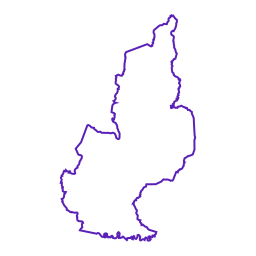 Tonaya, Jalisco, Mexico
{"feature_id": "50627088B15474935979053", "entity_name": "Tonaya", "entity_type": "district", "adm_level": 2, "iso_a3": "MEX", "parent_name": "Mexico", "parent_adm1": "Jalisco", "projection": "robinson", "projection_center": [-103.939, 19.867], "detail": "fine", "context": "isolated", "style": "outline", "palette": "violet", "viewbox_px": 256, "rotation_deg": 0, "n_neighbors": 0, "source": "geoboundaries", "source_scale": "gbopen_adm2", "svg_char_len": 5876}
<svg xmlns="http://www.w3.org/2000/svg" viewBox="0 0 256 256"><path d="M126.1,52.1L125.1,54.0L125.2,56.9L125.6,57.2L124.5,63.8L124.4,68.0L124.7,69.6L124.1,70.0L124.0,71.4L123.5,71.7L123.2,73.9L122.8,73.7L121.9,75.7L120.1,75.5L118.5,74.7L117.7,74.8L117.0,75.2L116.7,75.8L115.8,76.0L116.4,77.7L115.8,78.4L116.1,80.4L115.6,81.8L115.7,83.6L118.4,85.6L119.1,86.7L118.5,88.2L118.7,88.9L117.7,88.9L117.7,91.1L117.2,92.8L115.9,94.2L115.0,95.9L114.9,96.6L115.8,97.9L115.5,99.2L114.5,100.5L113.5,101.0L114.6,102.5L115.7,102.8L114.5,103.1L112.8,104.7L112.4,105.5L111.6,111.1L111.6,112.2L114.3,113.2L114.9,114.0L114.7,115.0L114.3,115.2L114.7,117.0L114.1,118.5L114.1,119.3L113.5,120.1L112.5,118.6L112.2,118.9L112.3,119.9L113.1,121.6L113.9,122.2L115.6,122.9L117.1,125.6L117.3,127.0L117.2,127.9L118.1,129.7L118.4,131.3L119.1,132.2L119.6,133.5L119.5,137.8L119.2,138.5L118.7,139.0L117.9,139.0L116.3,137.9L115.7,135.4L114.6,133.4L112.9,132.7L110.8,133.3L108.5,132.9L101.8,132.8L100.3,131.7L98.2,132.0L97.4,131.6L95.4,129.7L94.6,129.4L94.0,128.6L94.0,127.8L91.5,127.5L90.0,125.9L88.2,125.0L87.3,125.5L81.1,142.2L75.7,148.7L78.2,154.3L78.6,154.7L81.3,155.4L81.8,156.0L81.9,157.1L81.6,158.5L80.7,159.6L80.6,160.3L79.6,161.4L79.6,162.4L79.0,164.4L77.5,166.2L77.4,166.8L77.6,167.6L75.8,168.6L74.9,169.8L74.7,171.2L75.2,173.3L74.6,173.8L73.5,173.9L71.4,173.5L70.4,172.8L69.0,172.7L70.0,171.3L69.8,171.2L68.3,171.5L67.0,171.4L65.9,170.0L65.3,171.3L64.2,170.8L63.6,171.8L63.5,172.8L62.8,174.4L61.9,175.2L62.1,175.8L61.6,175.8L61.5,176.7L60.9,177.7L61.7,179.7L60.8,182.8L61.9,182.8L61.8,185.7L62.9,187.1L62.9,187.6L62.2,187.9L62.7,189.2L62.8,191.2L64.7,192.3L65.2,191.9L65.8,192.0L65.1,193.5L64.4,194.0L63.4,194.0L64.3,194.1L63.9,197.1L63.2,198.4L61.7,199.0L62.7,201.1L62.2,201.7L62.9,202.7L64.0,205.1L66.8,208.4L66.7,209.8L67.1,210.1L68.2,210.4L70.2,212.0L71.5,212.3L71.7,212.0L74.7,212.8L76.2,212.5L77.2,212.7L77.6,213.1L77.5,214.2L76.8,215.6L76.9,216.6L77.4,217.2L77.1,218.3L77.5,220.4L79.1,221.2L81.9,221.4L82.7,221.9L83.1,222.9L82.2,223.4L81.9,224.7L82.3,227.3L80.6,229.0L79.9,230.3L96.6,233.7L97.6,233.1L98.6,233.1L99.8,234.1L101.1,235.9L102.2,236.9L103.1,236.9L103.9,236.0L104.3,233.9L105.4,233.4L106.3,233.4L107.1,234.0L107.1,234.5L104.7,235.9L104.2,236.8L104.6,237.3L105.5,237.3L107.4,236.2L108.2,237.4L108.9,237.3L109.1,236.9L110.6,237.3L111.2,236.1L112.0,235.8L112.8,236.4L112.7,237.6L112.9,237.9L114.5,238.3L115.9,238.2L117.6,236.5L117.3,233.8L117.9,232.6L118.6,232.2L119.7,233.4L119.2,236.8L118.7,237.5L118.9,238.0L120.3,238.0L122.2,237.3L122.5,236.7L123.1,236.7L126.9,240.1L127.2,239.8L127.3,238.2L128.0,238.0L130.3,238.0L131.4,236.8L131.8,236.7L132.3,237.3L132.2,239.1L132.9,239.3L133.2,237.0L133.9,236.1L134.3,236.3L134.2,237.6L134.5,238.0L135.4,238.8L136.1,238.9L137.4,237.1L137.6,235.1L138.5,234.9L139.4,235.5L140.2,236.9L139.8,239.1L140.1,240.2L140.5,240.4L141.1,240.3L142.6,239.2L143.7,239.3L144.6,240.0L145.4,237.7L145.7,237.5L147.3,238.5L147.6,240.4L149.1,240.6L149.8,240.4L150.6,239.3L148.8,237.7L148.5,236.8L149.2,236.3L149.9,236.3L151.1,237.3L152.1,237.2L152.5,235.5L153.9,235.5L154.3,236.6L154.8,236.5L154.8,234.8L155.8,234.0L156.3,232.0L149.1,229.8L147.9,228.9L146.9,227.2L144.8,226.4L142.8,224.6L141.5,225.1L141.2,223.2L140.4,222.6L139.9,221.6L140.4,220.3L138.3,219.8L137.4,219.0L137.8,215.5L136.7,214.2L136.2,212.9L136.7,211.9L136.9,210.3L135.9,209.1L134.9,206.7L133.7,204.8L133.8,203.4L133.0,203.5L134.6,200.6L136.1,200.3L135.9,199.5L137.0,198.0L138.3,197.9L138.4,197.5L140.3,196.5L140.4,196.0L139.8,195.3L139.8,195.0L140.4,194.4L140.4,192.5L140.9,192.1L141.0,191.2L142.5,189.7L143.0,188.6L144.1,187.2L145.9,186.6L146.4,184.3L155.8,184.2L161.6,181.4L162.4,180.3L163.5,179.4L165.4,179.6L167.5,179.5L169.6,180.1L170.4,180.7L170.6,180.5L172.5,180.6L173.1,179.9L176.2,172.0L176.9,171.9L177.8,172.3L178.2,170.7L178.7,170.2L179.4,170.2L179.9,169.7L180.0,169.2L181.6,168.9L182.2,168.4L183.1,166.5L183.7,165.9L183.7,164.2L184.3,163.5L184.0,162.5L184.4,162.2L184.1,162.1L183.9,160.6L184.7,158.1L186.0,157.6L187.7,156.2L188.6,156.2L189.2,155.7L190.2,155.6L192.8,154.4L194.5,149.5L194.4,140.5L194.6,139.2L195.2,137.6L194.7,135.8L194.4,131.6L193.7,117.9L192.0,113.9L191.8,112.9L191.9,112.0L190.4,111.0L189.5,109.9L187.9,110.0L187.6,109.4L187.3,109.2L187.1,108.1L186.1,107.8L185.4,108.0L184.9,107.3L183.4,106.9L181.3,105.7L179.9,106.4L178.0,106.7L177.7,107.5L177.2,107.9L176.2,107.6L175.6,107.8L174.2,107.1L172.3,107.6L171.8,108.0L171.3,108.1L170.9,107.7L171.2,106.8L170.9,105.8L171.2,105.7L172.0,106.3L173.7,105.3L173.7,104.8L173.1,104.6L172.8,104.1L173.2,103.7L173.9,103.5L174.3,101.7L177.1,100.3L177.1,99.9L176.4,99.1L176.5,98.6L177.2,98.5L177.7,99.0L178.1,98.8L178.3,97.6L177.5,96.9L177.4,96.3L178.6,95.3L178.0,94.2L178.2,93.5L179.1,92.7L178.8,90.4L178.4,89.5L178.5,88.5L179.2,88.3L179.3,87.1L179.9,86.9L180.2,86.5L179.9,84.5L179.0,83.2L179.1,82.6L179.7,81.8L179.4,80.4L180.2,80.2L180.1,79.4L179.5,78.9L178.6,79.1L178.4,78.2L177.9,77.5L176.7,76.8L175.5,76.5L173.9,75.2L174.0,74.6L173.6,74.2L173.5,73.2L172.4,72.3L172.2,71.7L171.7,67.7L171.9,66.9L172.5,66.2L172.4,65.7L171.6,64.7L172.2,62.8L171.9,62.3L171.5,62.3L171.4,61.9L172.6,60.5L173.2,60.4L173.9,59.1L175.4,58.7L176.8,53.4L176.0,52.6L175.3,49.6L174.1,47.4L174.2,45.5L173.7,43.9L173.7,41.9L173.2,40.9L173.9,37.3L173.8,36.5L173.1,35.7L171.5,34.8L171.2,33.7L171.2,32.5L171.5,31.7L172.8,30.8L173.7,31.1L175.5,27.8L176.3,24.7L176.2,23.3L176.8,22.4L176.9,19.8L175.6,19.0L173.1,15.6L172.2,16.2L171.6,16.0L171.4,15.4L170.4,15.9L170.4,17.3L169.2,17.9L168.6,18.6L168.5,19.6L168.7,20.8L167.2,22.5L167.1,23.8L166.7,24.2L163.7,23.8L162.3,25.2L160.2,25.2L158.6,26.2L153.8,30.3L153.5,32.3L154.1,33.8L154.4,34.0L154.5,37.5L154.0,38.2L154.0,39.7L153.8,40.0L153.3,39.9L153.2,42.7L152.8,42.8L153.0,43.2L152.4,44.8L151.7,45.4L151.9,45.8L151.5,45.8L151.3,46.3L150.6,46.2L147.2,44.2L126.1,52.1Z" fill="none" stroke="#5b21b6" stroke-width="2"/></svg>